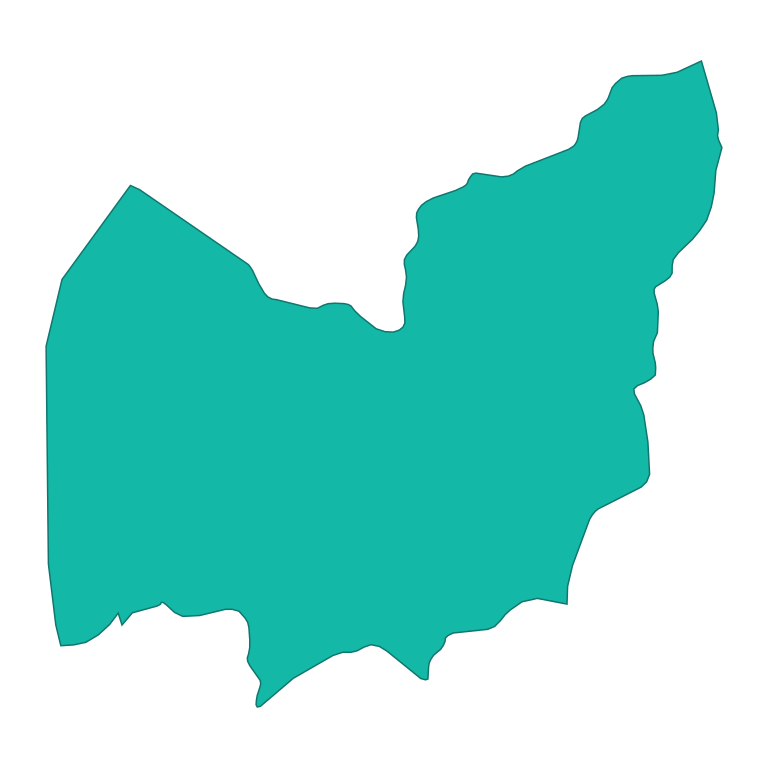 outline of Manzini
{"feature_id": "SWZ-536", "entity_name": "Manzini", "entity_type": "District", "adm_level": 1, "iso_a3": "SWZ", "parent_name": "eSwatini", "parent_adm1": "", "projection": "natural_earth1", "projection_center": [31.309, -26.515], "detail": "fine", "context": "isolated", "style": "filled", "palette": "teal", "viewbox_px": 768, "rotation_deg": 0, "n_neighbors": 0, "source": "natural_earth", "source_scale": "10m", "svg_char_len": 2465}
<svg xmlns="http://www.w3.org/2000/svg" viewBox="0 0 768 768"><path d="M60.8,645.7L55.8,624.9L48.4,563.9L47.1,441.0L46.1,346.2L62.0,279.5L130.4,185.5L139.5,189.6L248.4,264.6L250.5,267.3L252.6,270.6L258.8,283.8L264.3,293.1L267.7,296.8L272.2,299.1L276.3,299.6L309.7,307.9L317.3,308.3L323.5,305.2L328.1,303.7L334.6,303.2L344.1,303.6L348.3,304.5L350.9,305.9L354.7,310.8L360.7,316.6L376.2,328.8L385.1,331.7L393.3,332.1L399.3,330.1L403.0,327.1L404.9,322.9L404.6,316.4L402.9,301.7L403.7,293.3L405.6,285.2L406.5,277.2L405.6,270.1L404.3,264.2L404.4,259.6L406.8,255.0L415.3,246.0L417.8,241.3L418.7,236.2L418.3,229.3L416.4,217.6L416.7,213.0L418.5,209.3L421.5,205.3L426.3,201.6L433.5,197.9L455.5,190.5L463.0,187.0L466.0,185.0L467.2,183.5L468.6,179.7L470.2,177.1L472.6,174.0L475.8,173.1L501.6,176.9L508.4,176.1L513.3,174.1L517.6,170.7L525.5,166.1L568.5,149.4L573.8,146.0L575.6,143.7L577.0,141.2L578.1,137.4L580.4,122.5L582.3,118.4L585.6,115.8L597.3,109.6L604.0,104.4L606.4,101.2L608.2,98.1L612.1,87.7L615.6,83.4L621.7,78.2L627.4,76.4L632.3,75.7L661.8,75.3L677.0,72.3L701.4,61.0L716.4,112.9L718.4,130.0L717.5,135.5L718.6,140.1L721.9,147.6L715.8,170.7L714.1,193.0L711.3,206.9L706.6,220.3L699.7,230.5L692.5,239.2L678.4,252.7L673.3,259.5L672.2,265.7L672.1,273.2L669.7,277.2L665.3,280.7L655.6,286.8L654.1,289.3L654.2,293.2L657.3,304.5L658.3,311.8L657.4,332.7L653.6,341.4L652.8,348.2L653.0,353.4L655.3,363.0L655.7,367.7L655.3,375.0L650.6,379.2L644.3,382.8L637.5,385.6L633.8,389.0L634.5,394.0L640.8,405.8L643.8,414.9L647.9,442.1L649.6,474.2L646.6,481.9L641.3,487.0L598.2,508.9L595.3,511.3L592.3,514.9L589.6,519.3L572.5,565.5L567.6,586.3L567.0,604.1L537.3,598.4L522.0,601.8L510.2,610.0L505.2,614.6L500.9,620.1L494.7,626.4L487.8,629.3L453.2,633.0L448.2,635.4L445.5,637.9L445.0,641.5L443.4,645.3L440.7,649.3L433.7,655.1L431.0,659.1L429.2,662.9L428.6,666.8L427.9,679.0L425.5,679.8L420.7,678.5L387.1,651.2L379.3,646.4L370.9,644.7L363.8,647.2L357.1,650.8L350.9,652.3L342.6,652.3L332.9,655.5L293.4,678.2L260.4,706.3L257.3,707.0L256.1,704.7L256.4,700.4L257.2,695.5L259.9,687.2L260.7,683.8L260.2,680.4L249.9,665.8L247.7,661.4L247.3,658.0L248.6,653.8L249.7,647.7L249.8,640.2L248.9,627.4L247.7,622.4L245.2,618.2L239.0,611.2L232.2,609.3L225.4,609.3L199.7,615.5L182.8,616.4L174.5,612.4L166.3,604.8L163.1,602.4L161.3,602.4L160.4,604.3L157.2,606.0L132.4,612.8L122.0,625.0L118.2,613.1L109.7,624.4L98.4,634.8L85.9,642.3L73.7,644.9L60.8,645.7Z" fill="#14b8a6" stroke="#0f766e" stroke-width="1.5"/></svg>